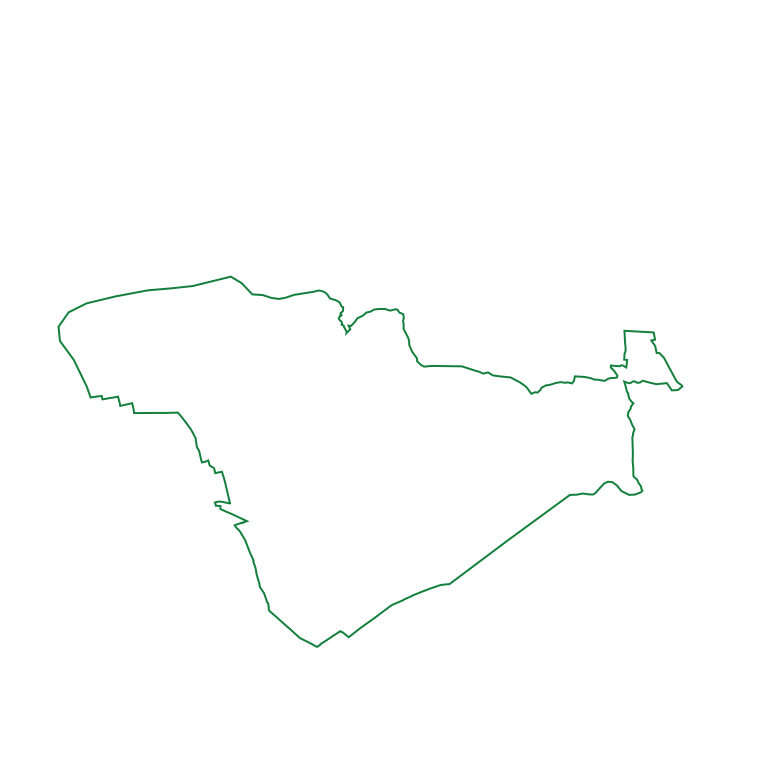 Tampico, Tamaulipas, Mexico (Robinson projection), rotated 148°
{"feature_id": "50627088B71136761933939", "entity_name": "Tampico", "entity_type": "district", "adm_level": 2, "iso_a3": "MEX", "parent_name": "Mexico", "parent_adm1": "Tamaulipas", "projection": "robinson", "projection_center": [-97.894, 22.27], "detail": "fine", "context": "isolated", "style": "outline", "palette": "green", "viewbox_px": 768, "rotation_deg": 148, "n_neighbors": 0, "source": "geoboundaries", "source_scale": "gbopen_adm2", "svg_char_len": 6118}
<svg xmlns="http://www.w3.org/2000/svg" viewBox="0 0 768 768"><g transform="rotate(148 384 384)"><path d="M579.8,196.4L579.3,196.5L578.5,196.5L577.8,196.6L576.2,196.6L576.0,196.8L575.7,197.1L574.9,197.1L573.3,197.1L571.7,197.0L571.1,197.1L570.1,197.1L569.4,197.1L568.1,197.1L567.6,197.2L567.0,197.2L566.0,197.2L564.7,197.2L563.2,197.3L561.6,197.4L559.2,197.4L552.5,197.5L552.2,197.6L551.9,197.4L551.7,197.0L551.6,196.5L551.4,196.0L550.9,195.8L550.3,194.4L548.1,188.0L546.8,188.1L544.0,188.4L541.2,188.7L538.4,189.0L534.5,189.4L531.8,189.6L528.6,189.8L525.7,190.0L522.9,190.2L520.6,190.3L517.5,190.5L515.6,190.6L515.0,190.7L512.2,190.9L510.1,191.1L507.8,191.3L504.8,191.6L501.7,191.8L500.7,191.8L499.8,192.0L498.7,192.1L497.3,192.2L496.9,192.3L495.4,192.3L493.9,192.3L492.7,192.1L492.3,192.1L490.8,191.8L489.8,191.7L489.2,191.6L487.7,191.3L487.2,191.2L486.2,191.1L484.6,190.9L482.5,190.4L482.1,190.7L480.5,190.5L478.7,190.3L472.4,189.4L471.9,189.5L461.0,187.6L459.8,187.3L459.3,187.2L458.6,187.1L456.5,186.6L455.6,186.5L453.1,186.0L452.3,185.8L450.7,185.4L448.3,184.9L448.0,184.8L445.1,184.2L443.3,183.7L441.9,183.3L434.4,179.6L362.8,185.7L285.1,191.4L279.0,187.9L273.3,185.7L269.2,182.2L265.4,179.5L262.4,179.5L256.3,181.3L249.7,183.0L245.7,182.3L242.4,179.8L240.2,174.5L239.4,167.4L234.9,160.1L229.7,157.2L223.9,156.1L222.6,156.1L221.4,156.6L221.4,158.4L220.3,160.8L220.5,164.9L220.1,169.2L221.3,172.7L221.1,174.1L217.1,180.7L213.9,187.0L209.5,193.6L204.2,202.8L201.6,207.2L200.0,208.6L198.8,210.3L196.6,212.0L195.4,213.0L195.3,214.6L195.3,216.7L194.8,219.7L194.2,223.3L194.2,227.9L193.3,228.7L191.9,230.5L188.0,232.3L186.4,234.1L184.6,234.7L182.7,235.6L183.4,237.7L183.8,241.7L182.5,245.3L181.8,247.4L182.1,248.9L181.5,250.3L180.4,253.6L179.0,258.7L177.1,256.3L175.2,254.4L174.0,254.2L171.9,254.3L170.4,253.7L169.5,252.5L168.5,250.7L166.1,249.6L162.9,249.7L158.1,244.5L153.1,239.5L143.6,234.8L143.3,226.1L137.9,223.1L132.3,223.8L132.3,225.5L134.0,229.4L134.4,231.6L133.5,246.2L132.9,253.7L132.7,258.0L134.1,264.4L136.3,265.9L133.9,272.6L134.2,279.2L130.6,278.0L128.0,284.8L151.9,301.7L158.1,290.5L159.8,286.9L161.8,283.8L163.8,282.4L167.4,277.4L165.1,275.4L169.8,269.6L171.7,273.3L172.9,274.2L174.5,274.0L181.8,279.4L182.9,277.8L181.9,273.5L181.6,267.4L183.0,266.1L185.6,267.1L188.0,268.7L191.2,269.7L195.2,269.7L200.9,274.7L203.5,276.5L205.5,279.3L209.5,283.1L212.5,285.4L218.1,289.3L221.2,286.0L224.3,284.9L227.4,288.1L229.6,288.9L233.2,292.0L238.1,293.9L244.2,295.5L247.3,297.0L252.3,297.4L254.2,296.1L258.3,295.4L260.1,296.9L264.2,297.6L264.8,305.4L265.8,308.6L267.9,313.4L273.1,322.4L281.1,328.6L287.1,333.6L289.7,338.7L294.3,340.2L296.5,343.5L300.1,347.6L308.6,357.7L334.5,374.4L340.7,377.4L342.4,380.2L343.9,385.6L342.4,388.6L342.7,391.2L343.0,396.0L342.6,399.3L341.9,403.8L339.8,407.3L338.9,411.1L338.2,420.5L335.9,423.8L334.2,427.7L332.3,429.3L330.7,433.0L332.1,435.1L333.1,436.4L333.2,439.7L334.4,441.2L340.0,443.0L343.4,447.1L349.1,450.6L353.5,452.5L356.5,452.4L361.1,453.9L365.7,453.2L371.8,453.8L375.9,452.1L381.4,450.7L383.1,452.2L383.6,448.3L386.3,447.7L388.9,447.0L388.0,448.1L387.7,453.5L387.3,454.2L387.3,455.2L388.5,456.7L387.4,457.7L387.0,459.4L387.7,461.4L387.7,463.5L384.9,465.3L384.7,464.6L383.7,464.7L383.3,467.1L380.2,467.6L377.9,470.8L378.9,472.1L378.4,476.9L380.4,480.5L384.5,485.2L384.6,489.7L385.3,492.5L387.2,495.4L387.3,495.6L390.0,498.0L394.8,499.5L412.9,507.2L422.0,509.4L428.0,511.8L433.8,516.6L439.7,523.7L448.1,529.7L451.3,545.0L453.8,549.9L457.0,556.2L494.2,568.4L515.0,578.5L534.7,588.6L565.4,600.6L593.5,610.0L613.5,611.9L629.7,605.0L636.0,592.2L634.3,568.9L637.4,539.6L639.7,528.9L640.0,528.1L634.0,525.4L633.4,525.2L632.0,524.5L630.4,523.7L630.0,523.5L629.7,523.4L630.0,522.6L630.9,520.2L629.3,519.5L628.1,519.0L627.0,518.6L624.8,517.7L622.0,516.5L619.3,515.4L616.2,514.2L617.0,511.9L617.7,509.5L618.4,507.4L619.3,505.2L616.1,504.1L613.3,503.1L610.5,502.1L607.8,501.2L608.5,498.9L609.3,496.6L610.3,493.8L611.4,491.8L608.9,490.3L606.4,488.7L603.9,487.2L601.5,485.7L598.8,484.0L596.2,482.5L593.6,480.9L591.2,479.3L588.9,477.9L586.6,476.5L581.1,473.1L580.7,472.9L579.9,472.5L577.1,470.8L576.9,470.6L575.8,470.0L574.0,469.0L573.9,468.3L573.7,467.1L573.6,466.8L573.3,464.8L573.0,461.8L572.6,458.6L572.3,455.1L571.8,448.5L571.9,445.1L572.3,440.4L572.6,437.5L573.1,436.4L573.4,435.9L574.3,433.7L574.7,432.9L575.4,431.4L575.8,430.2L576.2,428.7L576.2,427.6L576.2,426.9L576.1,426.2L576.2,425.9L576.3,425.2L576.6,424.2L577.5,421.5L578.4,419.1L579.2,416.6L580.0,414.0L578.7,413.5L576.4,412.7L574.9,412.5L573.6,412.3L574.2,410.0L575.0,407.2L574.9,406.8L574.8,406.6L572.8,403.0L572.8,402.3L573.5,400.3L574.3,397.8L568.0,395.5L569.2,390.6L569.3,390.1L570.0,387.7L570.2,387.1L570.9,384.8L571.7,382.4L572.6,379.9L573.4,377.5L573.8,376.3L576.1,369.5L577.8,364.4L578.0,364.5L580.0,366.3L583.6,369.7L585.4,371.2L585.5,371.3L587.5,372.3L587.8,372.4L588.0,372.5L590.2,373.1L590.2,372.3L591.1,369.9L589.2,368.5L587.4,367.1L589.0,364.7L586.1,360.3L585.0,358.6L583.7,356.8L582.4,355.0L579.9,351.1L577.3,347.1L572.9,340.3L577.9,341.3L577.7,341.6L579.1,341.9L580.3,342.2L583.0,342.8L585.4,343.3L585.4,343.1L585.5,342.3L585.5,341.8L585.5,341.2L585.4,340.5L585.1,339.1L585.0,338.8L584.3,335.6L584.3,335.0L584.3,334.1L584.4,329.8L584.4,328.1L584.5,326.2L584.6,324.6L585.1,322.0L585.2,321.3L586.7,313.9L587.2,310.8L587.6,307.7L588.0,305.0L588.1,303.4L588.7,303.1L588.8,303.0L589.2,301.6L589.5,300.4L590.1,297.4L590.4,296.4L590.5,296.0L592.1,291.9L592.7,290.6L593.6,287.7L594.9,282.7L595.4,280.9L596.5,278.5L596.8,277.3L596.8,276.0L596.7,274.6L596.7,272.8L596.6,270.1L596.7,269.4L597.2,267.5L597.8,264.6L598.8,260.6L598.4,259.3L598.8,258.5L600.5,255.0L601.5,252.9L601.3,252.0L601.0,250.8L599.5,246.0L598.3,242.0L597.7,239.8L596.3,235.0L596.2,234.5L595.7,233.0L595.1,231.1L595.1,230.9L594.4,228.6L593.9,227.0L593.0,224.1L592.4,221.8L592.3,221.5L591.9,219.8L591.8,219.6L591.4,218.2L591.1,217.3L590.5,215.1L590.0,213.0L589.8,212.9L588.5,210.8L587.3,208.8L585.6,206.1L585.1,205.3L584.3,203.8L583.4,202.4L582.5,200.8L580.9,197.8L580.7,197.4L579.8,196.4Z" fill="none" stroke="#15803d" stroke-width="2"/></g></svg>